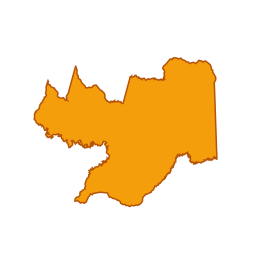 Morichal (Morichal Nuevo), Guainía, Colombia (Equal Earth projection), rotated 15°
{"feature_id": "7082276B96401380433737", "entity_name": "Morichal (Morichal Nuevo)", "entity_type": "district", "adm_level": 2, "iso_a3": "COL", "parent_name": "Colombia", "parent_adm1": "Guainía", "projection": "equal_earth", "projection_center": [-69.908, 2.404], "detail": "fine", "context": "isolated", "style": "filled", "palette": "amber", "viewbox_px": 256, "rotation_deg": 15, "n_neighbors": 0, "source": "geoboundaries", "source_scale": "gbopen_adm2", "svg_char_len": 5898}
<svg xmlns="http://www.w3.org/2000/svg" viewBox="0 0 256 256"><g transform="rotate(15 128 128)"><path d="M192.7,47.8L191.1,45.6L185.6,43.2L184.1,44.0L183.6,45.0L181.5,44.1L179.9,44.6L179.1,44.2L176.9,48.2L174.4,47.6L172.3,48.6L171.5,49.6L170.6,49.7L169.3,48.7L167.0,49.1L165.9,48.2L162.4,47.9L161.1,46.8L158.9,48.2L157.1,47.8L153.8,48.4L152.7,50.6L151.7,50.2L150.8,50.6L147.5,57.6L146.3,59.0L146.1,60.7L146.3,61.8L148.0,62.9L149.1,64.7L148.6,65.6L149.4,67.7L149.9,67.9L149.5,69.7L150.8,71.4L150.3,72.2L149.8,72.3L149.4,71.6L149.4,72.4L148.8,73.0L148.2,72.4L146.8,73.1L146.8,72.6L144.9,74.0L143.9,73.5L142.7,73.9L141.1,72.9L140.7,74.2L139.5,73.3L135.6,75.7L134.7,75.2L133.0,77.3L130.8,75.7L129.2,76.7L129.1,77.4L128.5,76.7L127.3,77.3L126.3,76.6L125.3,77.2L125.0,76.1L123.7,76.5L122.2,75.2L121.7,75.7L121.3,75.4L120.1,77.3L118.1,77.7L118.0,77.2L117.7,78.0L116.9,77.9L116.9,105.5L116.1,105.9L114.9,105.5L114.5,104.5L112.9,105.0L111.4,104.3L111.4,105.1L110.7,105.5L109.0,105.5L108.2,106.4L107.8,105.9L107.2,106.3L107.3,105.7L106.3,106.9L105.5,106.4L104.8,107.4L104.4,107.1L104.2,108.0L103.9,107.6L102.4,107.9L101.0,107.0L100.4,107.3L98.0,105.1L97.2,102.2L96.3,100.8L93.1,98.8L91.5,98.6L86.0,94.7L83.6,96.0L82.7,97.8L81.5,98.8L80.0,98.6L78.7,99.6L76.5,100.2L75.8,98.7L71.7,96.4L69.7,93.8L66.9,92.6L66.5,90.7L64.4,88.6L63.9,85.3L62.3,83.3L61.4,81.3L61.3,110.3L60.3,112.9L60.5,114.3L61.2,114.6L60.9,116.0L62.1,117.0L61.0,116.8L60.4,117.5L57.8,115.4L55.4,116.7L52.2,116.1L51.5,115.2L51.4,112.5L50.6,111.6L47.1,109.4L46.8,108.6L42.9,108.1L41.2,106.3L39.6,106.8L39.0,104.9L39.2,104.0L38.5,103.1L38.2,108.8L39.4,113.7L39.4,116.0L40.7,117.3L40.1,119.7L39.2,119.9L39.4,121.9L38.5,123.5L38.7,125.1L37.6,126.4L37.0,128.6L37.1,132.5L34.4,136.2L34.4,137.1L34.8,137.1L34.1,138.3L34.2,139.6L35.1,141.8L34.6,142.4L35.0,142.1L35.2,143.9L37.2,145.1L38.0,146.6L39.6,147.3L40.4,147.0L40.8,148.1L41.9,148.0L42.4,147.1L43.0,147.8L44.0,147.4L44.5,148.6L44.8,148.0L45.9,148.5L48.0,151.7L49.6,151.3L49.6,149.2L50.6,149.2L50.9,149.8L50.4,150.8L50.8,151.9L53.5,154.4L52.2,154.7L51.6,153.5L50.6,153.2L50.2,155.7L52.4,157.7L54.1,157.6L55.5,156.0L56.6,157.8L57.9,156.0L56.6,155.0L57.4,153.6L60.1,153.2L62.3,151.6L62.8,152.2L62.6,153.9L63.9,154.0L64.5,153.4L64.5,152.1L65.1,151.8L65.7,152.2L65.7,153.6L66.7,155.4L68.1,155.7L68.5,156.9L69.4,157.4L70.5,157.4L71.8,155.3L72.5,155.3L72.6,157.8L74.7,159.5L76.1,162.2L77.0,161.7L78.8,158.6L78.3,156.4L76.8,155.3L77.2,154.4L78.5,154.4L81.3,157.1L82.1,155.3L83.1,155.2L83.1,154.0L84.0,152.7L85.2,152.2L86.0,152.7L86.3,153.7L84.5,154.8L84.7,156.1L86.7,156.7L87.6,155.3L88.9,157.7L89.6,157.8L90.2,156.3L90.9,158.3L91.6,158.4L92.6,157.8L93.1,156.6L92.8,155.7L91.7,155.1L92.0,154.4L93.0,154.9L94.1,157.1L95.5,156.1L96.4,156.7L96.1,152.3L96.9,152.9L97.5,155.0L98.4,154.7L98.9,152.5L96.9,151.7L97.1,150.6L97.7,150.1L100.8,152.5L102.8,151.7L103.4,152.8L104.5,152.2L105.7,152.6L107.3,150.3L107.8,147.2L110.9,147.4L110.8,148.4L109.8,149.2L109.9,150.0L111.2,150.6L112.0,152.1L113.3,151.0L112.7,153.4L113.8,153.7L113.3,155.2L113.6,157.4L117.2,159.3L117.2,162.8L115.9,162.3L116.3,163.0L115.7,163.4L115.8,164.2L115.0,164.9L114.9,166.0L115.3,166.4L115.7,165.7L115.9,166.7L114.8,166.8L114.3,167.6L113.7,167.2L114.5,166.6L113.2,166.0L112.0,166.8L112.9,167.0L112.6,168.4L113.2,168.0L112.4,170.8L111.9,170.0L111.1,170.7L110.9,170.1L109.6,170.3L110.0,171.1L109.2,173.1L106.4,174.3L106.0,175.5L104.9,176.3L103.8,175.7L103.9,176.6L104.8,177.2L103.6,178.0L102.8,177.5L102.7,178.3L101.3,179.1L102.3,180.0L101.9,181.1L103.3,182.0L102.2,183.3L102.7,185.0L101.4,187.9L101.1,189.9L101.0,193.0L102.0,195.3L101.8,197.1L102.3,198.0L100.0,200.1L99.2,201.9L98.5,202.0L98.4,203.7L99.0,204.8L98.6,206.2L98.2,207.2L96.2,208.3L95.3,210.0L95.6,212.4L98.2,211.2L101.5,212.8L103.4,211.6L105.2,212.0L106.7,210.4L107.6,205.0L108.4,203.5L108.7,201.4L110.7,201.8L111.2,200.3L117.7,197.2L124.9,196.1L127.9,199.6L129.6,199.3L131.7,199.9L134.8,199.8L136.6,200.6L137.8,200.3L139.6,201.2L140.4,202.6L143.2,203.3L144.6,202.4L146.0,203.4L148.1,202.9L149.6,203.4L150.4,203.2L151.3,201.7L153.3,201.8L156.1,200.1L157.4,200.2L159.4,198.4L160.2,196.8L160.9,194.7L160.3,192.2L160.7,190.1L161.9,188.7L162.1,187.3L163.2,187.1L167.0,184.0L167.0,182.9L168.5,181.1L169.1,177.2L170.2,177.4L170.7,175.9L171.9,175.5L172.1,173.5L172.6,173.8L173.3,173.0L174.5,170.1L175.1,169.7L175.0,169.2L175.2,168.3L175.3,168.7L176.3,168.0L176.2,166.6L176.4,166.0L176.9,166.3L176.8,165.2L177.1,165.0L176.8,164.8L177.4,164.1L177.6,162.4L177.2,162.0L177.9,162.6L178.4,161.1L178.8,160.9L178.9,161.5L180.2,160.3L180.1,158.2L180.5,157.9L179.6,156.2L180.3,155.7L180.4,154.4L181.3,154.9L181.7,154.3L181.8,152.0L181.4,152.1L182.2,150.3L181.7,150.1L181.8,149.0L182.9,148.2L182.2,146.1L182.4,145.2L182.0,145.0L182.4,144.2L182.0,144.1L182.8,141.3L183.1,141.8L183.1,141.0L184.2,140.7L184.3,141.7L184.6,140.8L184.9,141.9L186.1,140.5L186.4,141.3L186.4,140.5L187.3,140.7L187.6,139.5L187.9,140.1L188.4,139.0L189.5,139.0L190.1,137.6L191.2,137.5L191.0,137.0L191.6,136.3L191.7,137.4L192.8,137.2L192.7,138.1L193.4,138.2L193.0,138.7L193.8,139.0L193.3,139.5L193.6,140.0L193.8,139.5L193.7,140.2L194.1,139.5L194.4,140.0L194.5,139.5L195.4,139.6L195.3,139.0L195.9,139.5L195.5,140.7L196.1,141.0L196.5,142.3L196.2,142.9L196.7,143.6L196.4,143.9L197.3,144.5L198.3,143.9L198.6,144.9L200.1,144.4L201.0,145.8L201.3,145.4L200.7,144.9L200.8,144.3L201.7,144.1L202.1,144.6L202.4,143.6L202.7,144.4L203.2,143.8L203.3,144.4L205.2,142.6L207.7,142.8L208.4,141.3L209.2,141.4L210.1,140.5L210.3,139.8L209.9,139.4L211.5,139.4L211.4,138.7L212.5,138.0L212.2,137.6L212.7,137.0L213.6,137.9L213.8,137.2L214.0,137.8L214.5,137.3L214.6,138.4L215.1,137.0L216.4,137.7L216.5,136.5L217.9,136.8L218.3,133.9L219.1,133.4L219.8,135.0L221.1,133.9L221.5,135.1L221.9,135.0L200.2,63.7L199.5,62.8L200.2,59.0L200.0,57.5L199.3,56.0L195.4,52.1L194.8,50.2L193.2,49.5L192.7,47.8Z" fill="#f59e0b" stroke="#b45309" stroke-width="1.5"/></g></svg>